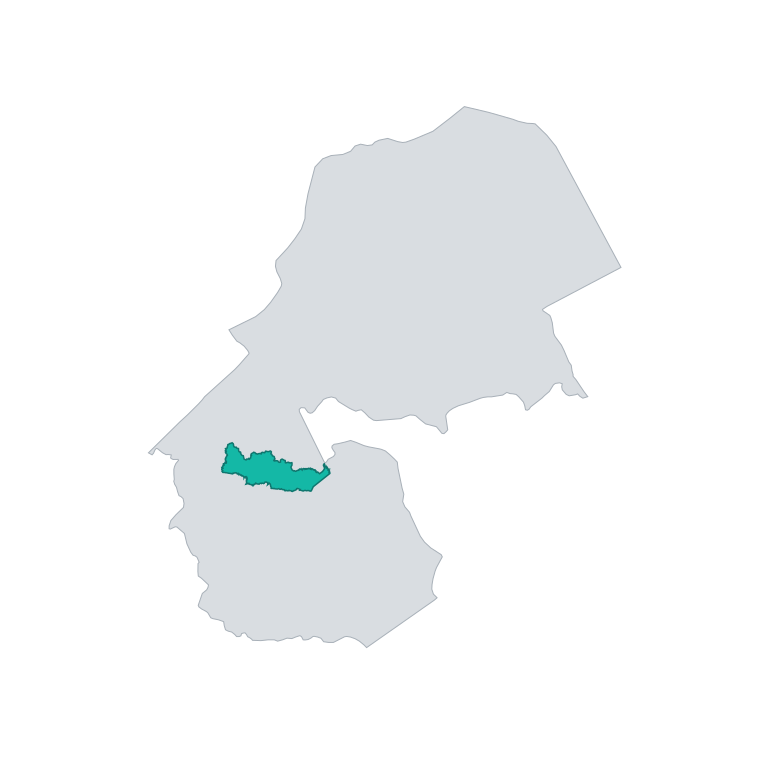 location of Lavushimanda, Muchinga, Zambia, rotated 154°
{"feature_id": "96606910B97886687400536", "entity_name": "Lavushimanda", "entity_type": "district", "adm_level": 2, "iso_a3": "ZMB", "parent_name": "Zambia", "parent_adm1": "Muchinga", "projection": "orthographic", "projection_center": [31.015, -12.593], "detail": "fine", "context": "in_parent", "style": "filled", "palette": "teal", "viewbox_px": 768, "rotation_deg": 154, "n_neighbors": 0, "source": "geoboundaries", "source_scale": "gbopen_adm2", "svg_char_len": 9725}
<svg xmlns="http://www.w3.org/2000/svg" viewBox="0 0 768 768"><g transform="rotate(154 384 384)"><path d="M499.6,500.7L469.8,500.8L459.0,503.3L450.1,507.1L439.5,512.9L433.4,517.0L431.8,519.2L431.0,524.2L431.1,531.8L430.0,537.3L426.9,542.3L410.9,548.5L400.5,553.6L390.3,559.5L382.6,567.2L377.5,576.6L368.9,588.3L350.9,609.3L340.3,613.3L331.4,612.5L320.5,608.4L312.0,607.8L305.7,610.6L299.9,609.8L294.4,605.6L289.8,604.1L286.2,605.4L281.6,605.3L273.0,603.1L265.5,595.9L261.4,592.9L258.3,591.8L249.5,590.8L229.2,589.7L208.5,593.9L190.2,598.1L170.9,582.3L152.1,565.4L148.1,561.2L141.1,555.6L136.1,552.9L134.1,551.5L128.6,536.2L125.3,522.0L119.9,384.9L203.4,382.3L208.8,381.6L209.0,380.1L204.9,372.9L205.0,370.3L205.9,365.3L209.3,355.3L209.5,351.9L207.5,341.2L207.5,335.1L208.2,322.9L207.5,318.8L209.3,313.2L209.9,309.6L210.7,308.0L209.6,303.8L207.6,289.4L206.4,283.3L211.5,284.1L213.3,287.0L214.3,290.2L216.6,290.4L222.7,292.2L224.8,294.8L226.3,300.6L225.5,303.6L223.7,306.1L225.7,308.1L229.7,309.4L232.0,309.0L238.7,304.8L244.9,303.2L248.1,302.1L262.0,299.2L264.8,297.7L266.7,297.6L268.1,298.8L267.0,302.9L266.6,306.6L268.5,313.5L269.8,316.7L272.8,318.9L274.9,320.1L277.3,322.6L282.1,322.0L292.9,325.3L296.2,326.9L300.7,328.4L303.9,329.0L315.0,330.0L326.6,331.8L332.7,331.9L336.9,331.3L339.9,330.2L341.8,329.1L342.6,328.1L346.8,314.9L349.0,313.9L351.9,313.1L353.6,314.3L355.6,322.6L364.1,329.9L367.1,336.2L369.3,341.5L371.1,343.0L374.3,344.8L379.4,345.4L384.0,345.5L406.8,354.4L409.3,356.1L412.1,360.9L413.8,366.4L415.7,370.8L418.6,371.6L421.2,371.9L423.8,374.9L425.8,377.5L432.6,388.2L433.6,392.5L436.9,395.4L441.3,396.5L445.3,396.7L447.7,395.4L453.5,393.1L457.9,390.5L461.2,389.6L463.2,390.1L464.7,391.9L465.7,397.3L468.9,399.1L471.3,398.4L472.2,396.2L472.2,395.2L471.9,338.8L469.8,339.2L467.2,340.8L461.2,341.0L458.9,342.2L458.1,344.0L458.6,346.4L458.8,349.5L457.9,351.0L455.3,351.7L451.5,350.5L444.5,348.9L438.8,347.9L434.6,343.7L429.0,337.4L425.3,334.2L416.4,327.6L414.9,326.3L412.1,323.2L409.8,318.0L407.5,311.9L406.3,308.0L408.4,302.0L413.4,282.4L414.5,276.3L418.8,270.1L419.1,264.5L417.3,257.5L417.7,253.5L418.1,231.2L416.9,224.1L413.9,216.3L407.4,205.5L407.4,203.1L417.3,196.0L420.2,193.3L425.3,187.5L428.8,182.6L431.0,178.6L431.7,173.5L430.0,168.6L433.4,167.7L515.2,154.7L516.3,158.1L518.8,163.6L521.6,167.7L525.1,171.3L528.1,173.4L530.1,174.1L542.7,173.9L547.2,176.1L551.2,178.8L552.1,183.1L554.7,185.8L557.5,187.9L558.7,188.2L560.8,187.7L564.2,187.6L567.3,188.6L568.8,189.5L568.9,193.1L569.9,194.7L574.1,195.3L578.4,195.6L582.6,198.1L587.1,198.5L592.3,199.5L594.8,202.2L600.4,204.9L607.1,207.3L614.6,211.3L614.8,212.6L616.0,214.9L617.3,216.6L617.4,219.1L618.0,221.3L619.9,221.9L621.5,222.1L623.0,220.4L625.0,220.5L627.2,221.6L627.9,224.2L629.6,227.8L632.4,230.2L634.2,232.6L633.5,236.8L632.3,240.7L636.1,244.6L640.9,248.3L642.2,249.9L642.6,255.4L643.3,257.2L646.6,261.8L648.1,264.8L648.0,266.5L639.1,275.4L633.6,276.7L631.2,278.5L629.8,280.4L633.2,289.4L635.1,292.8L633.5,297.0L629.9,304.1L628.3,304.8L628.0,310.2L629.0,312.2L630.7,313.8L631.4,317.5L631.2,326.7L628.9,337.1L632.8,346.2L634.2,347.2L639.7,347.3L640.6,348.1L639.3,350.7L635.4,354.7L628.3,357.7L618.3,361.0L616.1,364.3L614.8,369.1L615.9,371.9L617.2,373.5L616.7,377.7L615.8,382.1L616.1,385.6L615.6,388.7L614.3,390.2L612.5,394.8L610.3,399.4L608.6,401.5L606.0,403.7L602.1,405.5L602.1,406.5L606.6,408.6L607.8,410.1L608.2,411.1L606.3,413.5L608.3,414.9L610.9,416.1L613.2,419.3L615.9,425.1L616.4,425.7L617.2,425.8L618.7,425.2L621.5,422.8L623.5,422.0L625.9,425.4L583.9,439.5L574.1,442.4L559.4,447.4L554.6,449.3L550.8,451.2L511.9,462.4L505.9,464.6L492.1,470.4L491.7,471.3L491.8,473.9L493.1,479.3L495.5,484.2L497.5,487.0L498.9,494.3L499.6,500.7Z" fill="#d9dde1" stroke="#a8b0b8" stroke-width="1"/><path d="M546.3,397.8L547.6,397.7L547.7,397.9L548.6,398.1L549.8,397.9L550.9,398.0L551.1,397.5L552.4,396.2L552.7,395.5L553.1,395.2L553.3,395.3L554.6,395.4L554.4,394.9L554.5,394.5L555.6,394.0L555.2,393.2L555.3,392.9L555.9,392.9L556.4,392.4L556.4,391.9L555.9,391.8L556.3,391.4L556.4,390.8L555.9,389.7L555.9,388.7L556.1,388.5L556.8,388.4L557.5,387.6L558.1,387.5L558.4,387.1L559.2,386.6L559.2,386.4L559.0,386.1L559.2,385.9L559.8,385.6L560.0,384.5L559.6,383.8L559.6,383.4L559.8,383.2L560.4,383.3L560.6,383.2L560.1,382.6L560.2,382.2L560.6,382.0L561.2,382.3L561.3,382.6L561.1,383.0L561.3,383.2L561.9,382.5L562.5,382.5L563.2,382.7L563.3,382.0L563.2,381.5L563.3,381.2L563.7,381.1L564.4,381.5L564.8,380.7L565.8,380.2L565.6,379.9L565.7,378.9L566.0,379.0L566.0,379.8L566.4,380.0L566.5,379.4L567.4,378.1L567.0,377.3L566.9,376.9L567.6,376.7L567.9,376.4L567.6,375.9L567.7,375.4L567.5,375.1L565.9,374.3L565.5,373.8L564.9,373.6L562.2,371.5L561.6,371.3L560.8,370.5L560.4,370.4L560.0,369.9L559.4,369.6L558.9,370.1L558.6,370.1L558.2,369.6L556.9,369.6L556.5,369.2L556.1,369.2L555.8,368.7L555.4,368.6L555.2,368.0L555.3,367.4L554.8,367.2L554.4,367.3L554.5,367.0L554.2,366.8L554.2,366.4L553.8,366.7L553.4,366.3L553.4,365.8L553.2,365.8L553.2,365.6L552.8,365.3L552.9,365.2L552.8,364.9L552.5,364.9L552.4,364.5L552.2,364.5L552.3,364.0L551.7,363.8L551.7,363.5L551.4,363.5L551.4,363.3L550.9,362.9L550.9,362.0L550.7,361.4L550.9,361.0L550.0,361.6L549.6,361.6L549.5,361.4L549.1,361.4L548.8,361.1L548.9,360.9L548.6,361.0L548.6,360.7L548.2,360.5L548.1,360.2L548.3,359.6L548.6,359.4L548.5,358.9L548.8,358.7L548.9,358.4L549.1,358.6L549.1,358.3L549.3,358.2L549.2,358.1L549.4,358.2L549.5,358.0L549.7,357.8L550.0,357.6L550.0,357.2L550.3,357.0L550.4,356.1L550.6,356.1L550.8,355.6L550.5,355.7L550.6,355.3L550.9,355.3L551.0,355.1L550.8,354.9L551.6,354.8L552.0,354.5L550.0,354.1L549.6,353.9L549.5,353.7L549.2,354.0L548.9,353.9L548.7,352.7L547.1,351.5L546.9,350.6L546.5,350.0L546.1,350.5L546.0,350.2L545.7,350.2L545.5,350.6L544.9,350.6L544.7,350.8L544.4,350.5L543.8,350.7L543.4,350.6L543.3,350.9L542.8,351.2L542.5,350.9L542.3,350.3L541.6,349.6L541.0,349.5L540.5,348.9L539.9,348.7L539.5,349.0L539.2,349.1L538.0,348.7L537.8,348.2L537.0,348.3L536.2,347.8L535.9,347.3L535.1,347.3L534.0,348.0L532.5,347.3L532.0,346.4L532.3,344.9L532.7,344.5L531.2,344.8L530.7,345.3L530.6,344.7L530.1,344.0L530.1,343.6L530.4,343.2L530.4,342.6L530.8,341.5L530.6,340.9L530.8,340.4L531.2,339.8L531.0,339.5L529.4,338.7L529.2,338.4L528.5,338.3L528.1,337.7L525.8,336.3L524.3,336.1L524.1,335.5L523.6,334.9L522.9,334.7L522.5,334.9L522.2,334.9L521.8,333.9L521.6,333.8L521.3,333.4L520.1,332.9L519.9,332.6L520.1,332.3L519.9,331.5L519.7,331.3L518.7,331.4L518.0,330.6L517.3,330.2L516.9,330.0L516.6,330.2L516.1,329.8L515.7,329.8L515.6,329.5L514.4,328.9L514.1,328.1L513.5,327.6L512.8,327.6L512.3,327.8L512.1,327.6L511.6,327.7L511.0,327.4L509.3,327.6L509.1,327.5L508.8,327.8L508.4,328.2L508.1,328.0L507.7,328.1L507.5,327.7L507.0,327.6L506.3,326.8L506.1,326.0L505.8,325.9L506.2,325.6L505.8,325.5L505.9,325.3L505.5,325.2L505.2,324.5L505.4,324.3L505.1,324.4L504.5,324.2L503.9,323.5L503.4,323.2L502.4,323.2L501.3,322.8L500.6,322.1L499.1,321.6L498.1,321.0L497.8,320.5L497.4,320.4L497.2,320.0L496.2,319.8L492.6,322.7L471.9,327.3L471.8,327.8L472.3,328.3L472.3,328.5L472.1,328.9L471.5,328.7L471.5,329.1L471.2,329.5L471.4,330.0L471.4,330.3L471.4,330.5L471.2,330.6L472.0,331.1L471.6,331.5L471.4,331.6L471.5,331.9L471.3,331.9L471.6,332.1L471.8,332.4L471.5,332.3L471.7,332.8L471.7,333.0L472.0,333.6L471.8,333.8L471.8,334.0L471.6,334.0L471.7,334.5L472.1,334.5L471.9,334.7L472.1,335.1L472.6,335.0L472.7,335.3L472.5,335.6L473.1,335.5L472.9,335.9L473.2,336.2L473.1,337.2L472.9,337.1L472.6,337.5L472.6,338.4L472.8,338.5L473.0,338.2L474.0,337.7L474.2,336.8L474.1,336.5L474.2,335.8L474.1,335.5L474.6,334.2L475.0,333.6L477.6,332.3L481.2,331.6L482.1,333.8L482.4,334.1L483.1,333.9L483.2,334.3L483.6,334.5L483.7,334.9L483.4,335.3L483.6,335.6L483.3,336.0L483.5,336.2L483.5,336.9L483.9,337.2L484.3,337.0L484.6,337.6L485.0,337.7L485.3,338.2L485.2,338.6L486.0,339.6L486.7,339.9L486.9,339.4L487.1,339.7L487.4,339.7L487.2,340.6L487.6,340.6L488.0,340.8L488.5,340.7L488.9,341.3L489.2,341.1L489.8,341.4L490.3,341.2L491.2,341.5L490.7,341.6L490.6,341.8L491.3,342.1L491.6,342.0L491.7,342.3L492.3,342.3L492.5,342.7L493.1,342.8L493.2,343.0L493.3,343.2L493.8,343.0L494.4,343.3L494.9,343.1L495.0,343.4L495.3,342.8L495.5,343.3L495.9,343.4L496.3,343.9L496.3,344.2L497.1,344.6L497.6,344.4L498.0,344.0L498.4,344.2L498.7,343.9L499.7,344.3L501.6,344.2L501.9,344.4L502.3,345.2L503.2,345.4L503.6,345.8L503.8,346.4L504.2,346.8L504.3,347.6L504.2,348.2L504.2,349.7L503.8,350.4L502.4,351.3L501.5,352.9L501.3,353.7L502.0,354.0L503.0,354.1L504.1,355.5L504.5,355.4L504.8,355.8L505.8,356.0L506.5,356.0L507.1,356.4L507.0,357.0L506.5,357.9L506.4,358.6L506.7,358.8L507.5,359.7L508.2,360.9L508.6,361.2L509.6,361.2L510.2,361.0L510.7,360.6L511.3,359.2L512.0,359.3L512.3,359.4L513.0,360.1L513.2,361.5L514.5,362.3L516.2,362.9L516.5,363.2L516.5,363.7L515.2,364.2L514.8,364.5L514.9,365.2L514.5,366.6L514.8,367.4L515.8,368.3L515.7,370.1L516.3,370.9L515.0,372.3L515.1,373.0L515.4,373.5L515.8,373.7L517.1,373.7L517.5,373.9L518.3,374.3L519.7,375.5L520.2,375.4L521.1,374.6L521.5,374.6L523.4,376.0L524.3,375.9L524.6,375.3L525.0,375.0L525.3,375.2L525.6,375.8L526.4,376.1L527.4,376.4L528.7,376.5L529.1,377.3L529.8,377.6L530.1,379.0L531.2,379.8L531.5,379.6L533.4,379.5L534.3,379.2L534.4,378.8L534.8,378.4L534.5,378.0L535.1,377.8L535.4,377.1L536.1,376.5L536.3,376.0L537.1,376.0L537.8,375.4L538.3,376.3L538.7,375.9L539.2,376.2L539.7,376.3L540.1,376.7L540.6,376.3L541.1,376.2L541.5,376.4L542.7,377.9L541.9,381.2L542.9,382.1L543.1,382.6L543.3,383.6L542.9,385.1L543.2,385.1L543.1,386.1L543.7,386.3L544.0,387.2L543.5,388.8L543.1,389.8L543.5,390.0L544.1,390.7L544.4,390.8L544.6,391.4L544.6,392.0L545.0,392.0L546.3,393.3L546.2,394.6L545.9,395.2L545.7,396.5L546.3,397.8Z" fill="#14b8a6" stroke="#0f766e" stroke-width="1.5"/></g></svg>